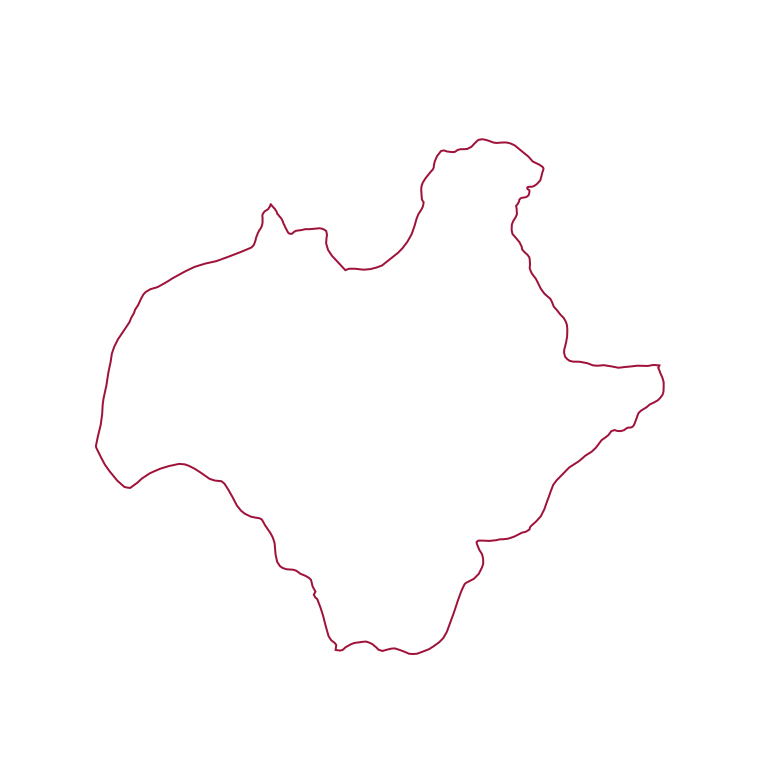 the district of Kota Tomohon, Sulawesi Utara, Indonesia, rotated 18°
{"feature_id": "22746128B12552284418793", "entity_name": "Kota Tomohon", "entity_type": "district", "adm_level": 2, "iso_a3": "IDN", "parent_name": "Indonesia", "parent_adm1": "Sulawesi Utara", "projection": "orthographic", "projection_center": [124.821, 1.329], "detail": "fine", "context": "isolated", "style": "outline", "palette": "rose", "viewbox_px": 768, "rotation_deg": 18, "n_neighbors": 0, "source": "geoboundaries", "source_scale": "gbopen_adm2", "svg_char_len": 6045}
<svg xmlns="http://www.w3.org/2000/svg" viewBox="0 0 768 768"><g transform="rotate(18 384 384)"><path d="M434.7,116.7L429.8,116.1L425.7,116.5L423.3,117.3L421.3,118.0L416.8,119.9L413.9,120.5L412.3,120.5L409.0,120.3L405.0,120.4L401.6,120.9L398.2,122.8L395.9,127.0L393.8,131.5L392.2,133.0L390.6,134.7L387.5,136.0L384.3,137.0L381.8,138.6L379.6,141.4L377.1,142.4L372.0,143.4L368.8,143.3L366.3,144.8L366.2,144.9L364.0,151.0L363.7,154.5L363.5,156.5L363.8,160.0L364.4,162.8L364.1,164.9L362.5,168.6L359.8,175.8L358.6,180.8L358.6,184.4L359.0,186.5L359.6,188.4L360.4,190.3L361.2,192.4L362.8,196.3L363.8,197.6L365.5,198.8L365.8,200.6L366.0,201.7L366.1,203.3L365.8,205.6L365.7,206.3L364.3,211.5L363.9,216.6L364.2,224.2L364.1,228.6L364.0,233.0L362.2,241.8L359.7,248.9L356.7,255.1L356.5,255.3L345.5,271.9L340.5,275.8L335.6,278.9L329.3,281.6L320.5,283.4L314.9,285.3L312.1,287.7L294.8,278.1L289.4,273.8L285.4,268.0L285.1,266.5L284.1,262.5L283.9,260.4L283.1,258.6L281.7,256.3L279.6,255.7L277.4,255.4L274.5,255.8L272.8,256.6L271.0,257.3L268.9,258.3L263.6,260.4L261.6,260.9L259.9,261.9L257.6,263.3L255.6,264.2L252.8,265.6L251.2,267.5L250.0,269.6L248.0,270.2L246.6,270.0L245.7,269.3L244.8,268.5L243.2,266.9L242.3,266.1L241.3,265.1L240.0,263.5L239.0,262.7L238.1,261.4L237.5,260.6L236.7,259.9L236.0,259.0L235.1,258.3L233.9,257.5L232.0,256.4L231.1,255.7L230.0,255.2L229.2,254.1L228.8,253.5L227.7,252.5L227.2,252.2L226.5,251.6L225.7,251.0L224.3,250.3L223.7,249.9L223.1,249.5L222.4,249.1L220.9,248.1L220.7,248.1L220.6,249.1L220.7,249.9L220.6,250.6L220.4,251.3L220.1,252.1L220.0,252.8L219.8,253.4L218.9,254.7L217.8,255.8L216.9,257.3L216.6,258.1L216.2,260.0L216.2,261.0L216.5,262.2L217.0,263.0L217.8,265.5L218.6,268.1L218.8,269.1L218.9,271.3L218.9,272.5L218.4,275.0L217.9,276.2L217.7,277.6L217.5,278.8L217.3,280.0L217.4,281.3L217.2,282.8L217.2,284.0L217.1,285.2L217.4,286.3L217.4,288.5L217.3,290.8L217.2,292.1L215.7,295.2L207.6,302.2L198.0,310.0L186.8,318.8L183.8,320.6L176.8,324.7L167.7,331.1L160.4,338.0L152.3,346.6L149.7,349.4L147.4,352.3L143.3,356.9L138.6,361.9L132.7,365.9L129.0,370.0L127.5,373.2L126.6,377.8L125.8,384.8L124.3,390.3L124.3,393.7L123.2,398.8L122.8,403.9L120.0,413.8L117.9,421.2L117.2,423.4L115.9,432.2L115.8,439.3L117.1,447.0L118.3,458.2L120.4,471.0L121.5,481.9L121.8,484.9L122.8,490.4L125.3,499.9L127.2,510.4L128.1,522.5L129.2,532.2L130.5,534.0L137.6,541.3L143.5,547.0L143.9,547.3L150.0,551.8L160.3,558.4L168.9,562.1L171.5,561.9L174.7,561.3L180.0,554.0L182.9,548.8L188.8,541.4L191.5,538.9L197.5,533.6L205.0,528.4L213.8,523.3L219.3,522.0L223.6,522.1L230.2,523.1L235.5,524.5L242.9,526.7L247.4,528.1L253.0,528.1L259.4,526.7L263.1,528.1L266.6,531.0L268.8,532.8L274.9,538.4L281.6,545.0L287.2,548.7L291.8,550.4L296.3,551.0L298.4,551.3L302.9,550.8L306.2,550.3L307.6,550.2L309.6,550.6L310.5,551.4L312.9,553.5L314.2,554.8L317.9,557.7L322.2,561.0L325.6,564.3L327.0,566.2L329.1,569.1L333.5,579.5L336.2,584.2L337.6,586.4L339.4,587.8L341.4,589.4L344.6,590.3L348.4,590.3L348.6,590.3L355.0,588.7L358.2,588.7L360.3,589.3L363.1,590.3L368.4,590.7L372.3,591.5L375.1,592.8L378.7,598.7L381.1,600.9L383.0,602.7L382.7,604.0L382.4,606.2L384.0,607.6L384.7,608.3L384.8,608.3L385.5,608.6L386.9,609.1L391.6,614.9L392.8,616.4L397.8,623.4L402.7,631.2L409.1,640.8L410.6,642.1L412.8,643.9L417.3,645.6L419.2,646.9L420.1,651.6L420.2,651.9L424.6,651.1L426.7,649.8L427.6,648.4L428.8,646.2L433.0,641.7L435.9,639.4L444.5,635.3L446.7,634.5L449.5,634.5L453.0,634.9L458.3,637.0L460.8,638.4L465.0,638.4L468.5,636.0L473.0,633.3L476.0,632.1L481.3,632.1L486.2,632.3L491.1,632.8L494.6,632.0L498.8,630.3L503.5,626.6L509.0,622.1L509.9,620.9L511.9,618.5L512.6,617.6L513.0,617.0L514.4,615.1L516.2,612.7L518.9,607.4L520.3,600.6L520.4,599.4L521.1,580.0L521.2,566.2L521.5,557.7L522.0,553.0L522.5,549.5L523.4,547.8L529.6,541.6L532.8,535.3L533.9,528.0L533.9,524.2L532.3,519.7L530.8,517.1L529.9,515.6L525.8,512.2L521.4,506.9L520.9,505.5L522.1,503.8L523.1,503.5L526.1,502.5L530.1,501.4L532.6,500.7L539.2,497.8L541.0,496.6L541.8,496.1L545.4,494.8L549.9,492.7L554.9,489.0L561.2,482.7L564.3,480.9L567.3,477.5L567.2,476.9L567.2,475.9L567.2,474.9L567.7,473.7L571.2,467.6L574.0,461.4L575.2,453.5L575.4,444.5L575.6,440.9L575.7,435.1L576.1,427.6L577.9,422.3L581.5,415.1L585.9,406.2L593.2,397.2L596.3,392.2L597.9,389.5L598.1,389.4L602.5,384.1L605.3,378.9L608.3,370.1L611.1,366.4L613.3,363.1L614.7,358.7L617.4,356.6L620.8,356.5L623.7,355.6L626.6,353.7L627.8,351.9L628.5,351.0L629.1,350.4L630.6,349.7L631.7,349.3L632.9,348.6L633.8,347.5L634.3,346.1L634.6,344.1L634.7,340.3L634.9,337.2L634.8,335.8L635.1,332.9L636.6,330.0L641.0,324.8L643.1,321.3L646.5,318.1L649.4,315.0L651.0,311.9L652.2,308.4L652.2,305.2L651.0,300.7L649.4,295.8L646.7,291.8L643.6,288.4L640.7,284.8L639.8,283.9L640.2,281.8L640.2,281.2L637.9,281.8L635.3,282.3L633.0,283.3L629.4,285.3L619.6,288.2L612.7,291.3L607.0,293.8L602.0,296.1L601.9,296.1L595.3,296.9L587.2,298.2L581.0,300.8L576.9,301.7L571.4,301.4L570.9,301.4L563.1,302.4L556.9,304.3L553.3,304.6L550.6,303.7L547.8,302.1L545.6,298.6L544.8,295.7L544.6,291.8L544.3,287.8L543.4,282.0L541.6,275.7L539.5,270.9L537.3,268.2L536.6,267.5L534.4,265.6L530.5,263.6L525.0,259.9L521.6,258.0L518.5,254.2L515.9,251.6L514.0,250.8L512.7,250.3L510.0,249.1L508.6,248.5L503.4,244.7L503.1,244.3L499.1,240.2L497.1,238.2L495.7,236.8L492.2,234.5L489.7,232.5L486.9,229.1L486.2,226.5L485.9,225.2L485.8,224.8L484.1,220.5L483.0,218.6L482.9,218.5L480.7,216.9L476.8,215.1L474.0,213.5L472.4,210.7L471.0,209.3L469.2,207.4L464.0,204.1L461.8,202.8L459.8,201.6L457.8,198.1L456.3,192.8L456.5,189.4L457.1,186.8L457.7,184.6L457.8,183.2L458.0,181.4L457.9,181.2L455.7,175.7L454.6,173.8L455.5,171.5L455.8,170.1L456.0,168.8L455.8,166.8L456.6,165.1L457.6,164.3L460.9,162.7L461.8,161.9L463.1,160.0L463.2,158.0L462.9,156.0L462.5,155.3L462.3,154.8L460.4,154.3L459.6,153.3L459.7,152.5L460.9,151.7L464.1,150.5L465.7,149.1L465.8,149.0L467.6,146.6L469.0,143.5L469.7,142.1L469.5,137.6L469.2,133.3L469.3,131.0L469.1,129.9L469.0,129.6L467.7,128.5L464.3,127.5L456.6,126.4L451.5,123.3L434.7,116.7Z" fill="none" stroke="#9f1239" stroke-width="2"/></g></svg>